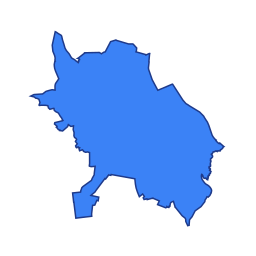 outline of Hamilton City, Waikato, New Zealand, rotated 354°
{"feature_id": "76426892B9049934298416", "entity_name": "Hamilton City", "entity_type": "district", "adm_level": 2, "iso_a3": "NZL", "parent_name": "New Zealand", "parent_adm1": "Waikato", "projection": "robinson", "projection_center": [175.284, -37.773], "detail": "fine", "context": "isolated", "style": "filled", "palette": "blue", "viewbox_px": 256, "rotation_deg": 354, "n_neighbors": 0, "source": "geoboundaries", "source_scale": "gbopen_adm2", "svg_char_len": 5579}
<svg xmlns="http://www.w3.org/2000/svg" viewBox="0 0 256 256"><g transform="rotate(354 128 128)"><path d="M66.2,196.1L66.4,196.1L66.7,212.2L73.3,212.1L82.7,212.0L82.8,209.7L84.7,201.2L86.9,201.2L89.4,196.7L90.7,197.3L91.7,193.7L84.1,191.2L84.7,190.7L87.9,188.6L88.6,188.1L89.5,186.9L99.8,175.8L100.4,176.4L102.6,174.0L103.0,173.5L103.3,173.2L103.3,173.3L103.8,172.7L106.0,173.3L106.4,172.5L129.5,179.2L129.5,183.4L129.5,184.7L129.6,185.9L129.8,188.4L130.1,189.9L130.7,192.7L132.1,197.5L135.7,195.2L137.1,197.8L135.8,199.0L136.5,200.8L139.4,200.4L139.6,201.2L145.4,200.3L145.5,200.7L145.9,200.7L151.5,203.8L149.4,207.3L157.2,211.3L158.1,211.0L158.5,210.1L159.4,211.0L160.3,211.3L160.6,210.7L160.4,210.6L160.5,210.4L160.9,210.5L161.1,209.9L161.5,210.1L162.2,207.5L162.8,206.6L164.4,205.9L165.5,205.7L166.6,211.4L166.5,211.5L166.7,211.8L166.8,211.8L170.6,217.7L170.6,217.8L171.1,218.4L171.9,219.8L172.8,221.1L175.1,223.3L175.6,224.1L175.8,225.0L175.7,226.9L175.7,227.0L177.2,231.4L178.1,231.2L178.6,231.2L179.6,225.7L182.4,223.0L186.1,217.4L192.4,213.8L196.7,209.3L197.1,207.7L198.4,206.2L199.4,204.6L200.4,205.1L200.5,204.9L201.6,204.3L202.2,203.8L202.4,203.6L202.9,202.8L203.5,201.9L203.8,201.5L203.7,201.3L203.9,201.2L204.2,200.5L204.6,199.1L204.6,198.4L204.4,197.5L204.0,196.6L203.7,196.0L203.0,194.9L202.7,194.5L202.6,194.4L201.5,193.3L199.6,191.9L199.0,191.3L198.6,190.8L197.2,188.5L196.4,187.0L196.2,186.3L196.0,185.5L195.9,184.0L196.0,183.3L196.1,182.7L196.4,181.8L196.7,181.9L196.8,182.0L197.3,182.9L197.5,183.4L197.4,184.0L197.5,184.3L197.8,184.8L198.2,185.7L198.5,186.0L199.1,186.1L199.8,185.9L200.3,186.0L200.5,186.1L200.5,186.7L200.8,187.2L201.4,187.7L201.7,187.8L201.9,187.8L201.9,187.7L201.7,187.3L201.9,187.1L201.9,186.6L202.0,186.5L202.4,186.4L202.5,186.1L202.4,185.7L202.6,185.4L202.4,185.2L202.8,184.8L202.9,184.7L202.8,184.4L202.6,184.3L202.5,184.2L203.0,183.8L203.6,183.7L203.8,183.6L203.7,183.4L203.6,183.1L203.7,182.9L204.2,182.8L204.1,182.4L204.1,182.2L204.3,182.0L205.2,181.7L205.3,181.5L205.4,181.3L205.3,180.9L205.6,180.5L205.6,180.3L205.9,180.1L205.6,179.8L205.7,179.5L205.6,179.4L205.2,179.0L204.7,178.7L204.8,178.5L205.3,178.4L205.4,178.0L205.6,177.7L205.7,177.4L205.6,177.2L205.2,177.3L204.9,176.9L204.5,176.8L204.5,176.6L204.8,176.0L204.8,175.9L204.5,175.7L204.4,175.5L204.7,174.9L204.8,174.9L205.2,175.0L205.7,175.0L206.0,174.8L206.2,174.2L206.1,173.9L206.0,173.7L206.3,173.3L206.2,173.1L206.0,172.8L206.0,172.4L206.2,172.0L206.2,171.7L206.4,171.4L206.5,170.8L206.7,170.5L206.7,170.2L207.0,169.8L207.1,169.6L206.7,169.4L206.6,169.2L206.6,168.7L206.8,168.3L206.8,167.7L206.8,167.4L207.0,167.2L207.7,167.0L207.8,166.9L207.9,166.5L208.1,166.5L208.3,166.2L208.6,166.1L208.9,165.9L209.2,165.1L209.1,164.3L208.8,164.0L208.7,163.4L208.1,163.1L208.1,162.8L208.2,162.6L208.8,162.6L209.0,162.5L209.1,162.4L209.2,162.0L209.6,161.7L209.8,161.4L210.0,160.9L210.3,160.6L210.6,160.6L211.0,160.8L211.3,160.7L211.6,160.6L212.0,160.5L212.3,160.1L212.7,160.0L213.0,160.1L213.6,160.4L213.5,160.1L214.1,160.1L214.6,160.4L214.8,160.4L215.1,160.2L215.3,160.1L215.7,160.3L216.2,160.2L216.7,160.4L217.1,160.5L217.4,160.3L217.4,159.8L217.6,159.4L217.9,159.2L218.5,159.2L219.0,158.7L219.6,158.4L219.9,158.0L220.2,157.8L220.3,157.5L220.5,157.4L220.6,156.9L220.9,156.6L221.4,156.5L217.7,152.5L217.1,153.1L216.4,152.6L214.9,150.9L214.0,149.5L214.4,149.2L213.0,147.8L211.5,145.3L210.9,143.8L210.7,143.0L208.6,133.7L207.6,130.5L206.2,127.8L204.9,125.2L204.7,124.5L204.4,124.0L200.9,119.6L200.1,119.0L198.0,117.4L191.3,112.3L189.6,110.8L188.6,110.2L187.8,109.3L185.8,106.4L185.7,106.4L177.0,89.2L176.7,89.0L161.6,93.6L157.1,82.5L154.6,71.8L154.6,70.2L155.9,64.4L155.7,64.2L157.1,57.1L157.4,56.2L157.1,56.1L153.4,57.3L153.2,56.8L143.9,53.1L144.4,52.1L145.0,49.3L142.2,45.5L141.6,44.9L137.4,44.5L125.8,39.7L125.5,39.5L125.2,39.2L119.7,40.3L113.3,49.9L111.8,50.1L109.3,51.4L107.4,49.9L93.0,48.7L93.1,48.9L91.5,49.7L86.1,53.1L85.2,53.5L86.1,53.8L86.4,53.9L87.0,54.6L86.9,54.8L86.9,55.0L86.5,55.1L86.4,55.0L86.3,55.4L85.8,55.9L85.9,56.1L85.9,56.4L86.0,56.6L85.9,56.8L85.6,57.4L85.3,57.8L84.7,57.1L83.3,55.9L82.3,54.7L81.5,54.1L79.8,52.9L79.3,52.4L78.5,51.0L77.8,49.3L77.1,47.9L74.9,44.7L74.1,42.9L73.7,41.9L73.5,40.8L73.2,39.1L72.9,37.5L72.1,33.6L71.7,30.1L71.5,29.3L71.3,28.9L70.3,28.1L68.3,26.6L66.7,25.2L65.7,24.6L61.3,37.7L61.3,43.8L62.6,48.4L62.8,49.9L62.8,51.4L62.4,52.9L62.7,53.9L62.2,54.1L61.3,57.0L61.2,58.7L61.3,61.1L61.9,63.9L64.3,71.8L60.6,76.2L60.1,77.4L59.8,78.5L59.4,82.7L56.6,82.0L55.5,82.1L52.9,82.5L50.3,83.0L49.9,83.2L47.0,85.0L46.6,85.2L38.0,84.9L34.6,86.1L38.1,87.4L39.3,88.7L40.6,89.0L42.4,90.1L43.1,93.5L41.9,95.9L42.2,96.3L44.1,96.3L48.3,96.8L50.6,97.4L51.0,99.8L51.5,100.2L52.2,101.2L55.9,100.7L56.4,100.8L56.5,102.7L56.7,103.0L58.2,104.5L58.6,104.7L59.7,105.3L60.5,106.2L62.0,109.5L63.0,111.0L63.8,113.4L64.1,113.6L63.8,113.9L55.8,115.0L55.3,116.3L57.6,118.8L57.1,119.4L57.4,119.4L57.3,120.3L58.5,122.2L59.1,122.6L60.0,122.9L59.8,123.4L62.7,124.1L68.1,120.3L69.0,118.4L71.4,120.5L74.0,120.2L73.3,123.9L73.9,126.9L73.4,130.1L73.9,131.9L75.1,132.8L75.7,133.9L75.6,134.2L74.4,135.7L74.3,136.0L74.5,136.2L75.9,138.4L74.0,140.3L74.4,141.9L75.0,142.3L75.4,141.8L76.5,141.6L76.8,142.0L76.8,142.5L77.8,142.6L77.3,143.6L77.2,144.3L77.5,145.6L80.4,144.9L81.4,146.2L81.3,146.6L83.2,147.7L85.4,147.6L86.0,147.9L87.2,148.4L86.1,159.3L85.6,161.3L85.6,161.9L87.3,162.6L91.3,162.7L89.7,169.6L89.5,171.0L87.1,174.4L86.4,175.9L85.8,176.5L77.1,181.5L75.8,182.6L75.1,184.3L74.6,185.1L74.1,186.8L66.1,186.8L66.2,196.1Z" fill="#3b82f6" stroke="#1e3a8a" stroke-width="1.5"/></g></svg>